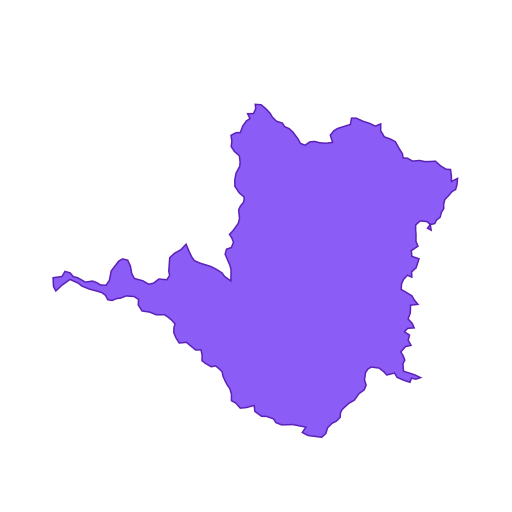 Balsa Nova, Paraná, Brazil, rotated 285°
{"feature_id": "56859067B3442614112454", "entity_name": "Balsa Nova", "entity_type": "district", "adm_level": 2, "iso_a3": "BRA", "parent_name": "Brazil", "parent_adm1": "Paraná", "projection": "albers", "projection_center": [-49.689, -25.488], "detail": "fine", "context": "isolated", "style": "filled", "palette": "violet", "viewbox_px": 512, "rotation_deg": 285, "n_neighbors": 0, "source": "geoboundaries", "source_scale": "gbopen_adm2", "svg_char_len": 3311}
<svg xmlns="http://www.w3.org/2000/svg" viewBox="0 0 512 512"><g transform="rotate(285 256 256)"><path d="M415.9,342.3L412.3,337.6L413.5,331.7L413.9,324.2L415.1,317.1L413.9,312.6L407.5,313.1L400.4,301.9L397.1,298.8L392.0,296.5L385.5,300.6L383.0,294.3L381.9,288.6L381.8,282.9L380.1,278.4L375.7,274.7L376.3,269.7L380.1,266.1L385.3,259.5L387.6,255.1L388.4,250.0L391.2,247.1L391.5,240.7L394.5,235.7L397.4,232.8L400.5,228.0L403.4,221.8L402.3,216.0L398.3,217.6L392.9,216.7L391.3,211.1L387.2,214.6L383.9,211.7L377.9,209.5L371.2,208.9L370.0,204.9L366.1,200.6L360.5,203.0L355.3,203.7L351.4,208.0L348.6,213.9L343.0,216.2L338.7,217.1L330.8,215.3L323.9,215.8L317.8,217.6L312.6,223.5L309.8,229.4L305.1,230.2L300.1,228.0L296.1,227.3L287.8,230.4L282.9,230.4L274.6,227.3L270.0,224.8L267.3,227.8L263.5,230.7L257.8,230.0L255.0,225.8L249.8,225.7L240.0,233.4L236.1,235.5L225.4,238.2L228.1,231.0L230.9,227.5L232.8,221.4L234.2,215.2L234.6,203.9L235.6,197.7L238.4,194.2L243.2,190.1L249.3,185.4L242.7,181.9L237.5,176.5L232.0,173.1L218.6,175.7L214.9,177.6L210.0,176.0L208.6,168.1L203.2,164.0L201.0,159.7L202.8,152.9L202.8,144.3L206.9,140.5L213.8,137.3L218.8,133.1L218.6,127.7L215.5,124.7L204.0,120.0L194.4,120.7L188.9,118.7L187.8,113.4L189.1,108.8L189.5,104.6L186.6,98.0L188.9,89.2L188.8,84.9L191.6,80.8L191.7,75.5L186.0,73.9L182.5,65.6L174.1,68.3L170.4,71.7L177.4,76.0L185.2,82.4L183.7,91.6L181.9,95.5L180.9,103.6L180.9,112.0L180.7,116.8L179.0,120.9L175.4,124.1L175.8,128.6L178.6,132.0L180.3,136.1L183.8,140.9L185.3,148.8L183.6,153.8L178.1,155.0L173.4,160.2L174.3,167.7L173.4,174.9L175.6,182.8L174.2,186.9L172.4,190.8L169.5,195.3L165.6,195.3L160.7,196.4L156.2,199.9L152.1,204.4L154.6,211.2L151.5,217.8L149.6,222.1L151.1,227.1L146.4,229.6L140.9,230.9L139.3,234.6L137.4,241.4L139.4,245.4L137.5,249.6L135.5,253.2L131.4,255.2L127.7,258.2L124.3,261.3L120.9,265.2L116.1,268.1L109.9,269.7L108.7,274.5L105.0,280.2L107.1,285.9L111.2,292.9L105.6,295.1L102.6,302.9L103.8,307.8L103.2,315.1L100.2,318.4L99.5,324.4L101.1,329.8L102.7,335.1L103.6,348.5L97.5,346.4L96.1,352.7L97.9,366.4L102.6,369.4L108.7,369.6L114.1,372.8L117.2,376.3L121.9,379.1L126.4,378.2L130.0,378.9L137.5,383.6L142.2,388.3L149.7,391.1L154.8,395.2L159.9,395.8L164.2,392.9L171.7,392.0L175.7,393.3L178.6,396.1L179.6,404.0L177.1,409.7L174.9,413.1L178.8,420.1L175.3,423.7L174.3,430.3L173.8,437.4L178.2,437.8L178.4,442.3L181.1,446.4L182.3,440.1L182.9,428.3L190.0,425.8L193.9,426.7L197.4,424.2L200.9,420.7L207.2,423.9L209.8,428.9L214.0,424.8L219.3,424.8L221.3,419.0L225.4,421.2L227.5,427.4L231.4,424.3L234.6,419.2L241.0,419.8L248.5,418.0L251.2,424.9L254.5,420.3L257.9,416.9L260.2,409.0L261.3,404.9L266.8,403.8L271.6,404.6L276.6,407.2L275.9,412.0L281.0,410.4L286.0,413.7L295.5,414.2L296.0,406.7L301.3,404.6L307.4,409.9L311.6,406.7L318.5,404.9L322.0,403.6L327.3,402.2L332.4,405.5L333.5,412.4L331.4,416.2L333.6,420.3L337.3,421.0L341.0,423.8L346.1,423.8L350.4,425.1L354.5,423.9L359.4,423.8L364.1,426.4L369.0,428.7L371.9,431.6L376.8,431.7L383.1,430.6L378.6,425.5L384.0,424.0L389.9,421.5L389.0,417.2L390.7,411.3L394.0,404.7L392.1,399.0L390.9,394.7L390.6,389.3L388.2,382.7L389.7,376.9L388.7,372.8L392.8,370.9L396.5,366.8L402.5,361.0L403.8,355.3L404.3,349.1L409.3,344.0L415.9,342.3ZM331.4,416.2L327.3,414.4L326.3,418.5L331.4,416.2Z" fill="#8b5cf6" stroke="#5b21b6" stroke-width="1.5"/></g></svg>